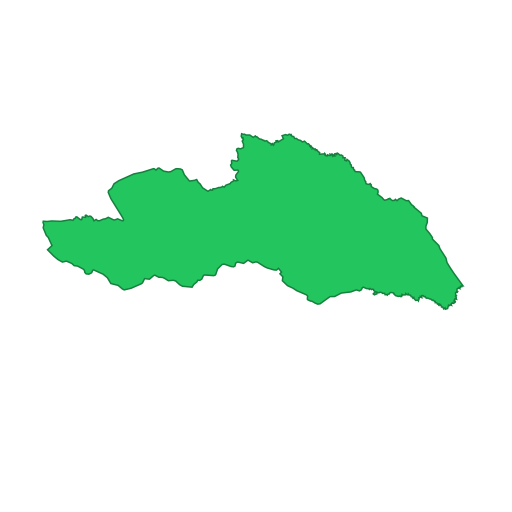 Mae Poen, Nakhon Sawan, Thailand (Equal Earth projection), rotated 320°
{"feature_id": "78962969B91694017140585", "entity_name": "Mae Poen", "entity_type": "district", "adm_level": 2, "iso_a3": "THA", "parent_name": "Thailand", "parent_adm1": "Nakhon Sawan", "projection": "equal_earth", "projection_center": [99.442, 15.681], "detail": "fine", "context": "isolated", "style": "filled", "palette": "green", "viewbox_px": 512, "rotation_deg": 320, "n_neighbors": 0, "source": "geoboundaries", "source_scale": "gbopen_adm2", "svg_char_len": 6165}
<svg xmlns="http://www.w3.org/2000/svg" viewBox="0 0 512 512"><g transform="rotate(320 256 256)"><path d="M361.0,185.7L360.2,185.7L360.3,184.7L359.7,184.0L357.8,183.8L356.7,182.0L353.3,180.6L352.4,183.8L346.3,182.9L346.0,182.3L346.7,182.1L346.8,181.6L345.4,180.6L344.6,181.7L342.9,181.1L340.8,182.3L340.8,180.6L339.6,181.1L339.1,180.6L339.8,179.9L338.4,176.8L338.6,175.6L338.1,174.4L336.7,173.7L336.3,172.9L336.4,172.3L335.8,171.9L335.2,170.1L333.9,168.6L333.3,165.2L332.7,164.7L332.7,163.6L330.1,163.3L329.0,159.3L326.3,157.1L325.4,155.2L324.4,154.5L323.6,153.1L321.6,154.8L321.2,156.5L322.0,156.8L322.0,157.4L321.2,157.8L321.0,158.9L319.3,159.1L318.4,162.2L316.1,164.9L313.1,164.0L311.5,162.0L310.0,161.7L308.8,162.7L308.7,164.1L307.6,166.6L305.3,168.9L305.4,169.6L304.6,171.0L302.3,171.1L299.1,167.2L298.4,167.3L296.8,169.6L295.0,170.0L294.3,171.9L294.3,176.2L297.3,178.5L297.4,179.2L296.7,180.1L292.7,181.0L291.4,182.1L291.0,182.7L290.6,186.3L288.7,185.4L287.7,183.3L287.2,184.1L284.0,183.5L282.9,184.0L278.4,182.4L275.9,182.8L275.1,181.1L274.4,181.3L272.0,180.2L271.8,179.7L268.3,178.4L266.3,176.9L265.6,176.9L265.0,177.6L264.0,176.8L263.9,175.9L260.8,175.6L258.9,169.3L259.5,165.0L259.1,162.4L259.7,159.3L257.5,158.5L253.2,155.8L253.3,147.8L254.9,142.7L254.1,140.8L251.6,138.3L250.5,137.6L245.0,136.6L242.8,135.3L239.7,131.4L238.3,126.3L237.3,125.7L234.6,125.9L234.2,123.9L233.6,123.2L222.7,118.7L215.2,114.6L199.3,110.1L193.7,109.4L189.1,111.4L185.0,111.2L183.7,112.3L181.7,118.8L178.5,141.1L177.7,143.3L176.8,143.5L176.2,143.1L173.9,138.6L170.8,137.5L170.1,136.7L167.7,131.4L164.5,130.7L162.8,129.6L158.6,128.3L157.5,127.3L157.0,125.2L154.5,124.9L155.2,122.3L155.0,119.5L154.4,118.6L152.8,118.0L152.1,115.4L151.3,115.2L150.9,116.4L150.3,116.8L148.0,114.5L146.0,116.0L145.4,115.9L144.8,114.9L143.9,110.8L142.9,110.3L141.9,110.9L140.4,110.5L138.7,111.0L137.0,108.8L128.7,103.9L122.1,97.9L118.2,95.3L115.4,92.6L114.4,93.4L113.6,95.7L111.1,97.6L108.6,105.5L108.8,108.2L106.4,116.9L100.3,117.2L101.0,126.0L102.0,131.4L103.8,136.2L107.5,138.1L110.1,143.3L110.5,146.5L112.9,149.1L115.4,155.4L115.2,156.9L114.3,158.7L114.4,160.5L116.3,162.5L118.3,163.0L119.4,163.2L121.6,162.0L122.7,162.3L127.2,171.7L128.2,177.1L127.1,183.8L131.5,189.9L132.4,195.2L133.2,197.2L139.5,200.4L150.5,203.6L151.9,203.6L156.1,201.7L159.5,205.3L165.0,205.2L166.2,205.7L167.9,209.8L170.5,212.2L171.5,214.1L173.0,218.6L177.1,221.5L178.4,223.5L179.1,229.0L180.2,231.9L187.0,238.8L190.0,237.8L193.9,237.9L195.9,237.1L197.2,238.5L199.4,238.9L202.9,237.3L204.2,237.3L210.9,243.8L212.3,244.4L213.4,244.2L218.3,241.2L224.8,240.7L226.6,242.0L230.1,248.0L231.9,249.9L233.4,250.2L235.7,248.5L237.1,248.5L238.2,249.0L241.8,253.7L247.2,254.0L249.1,259.1L252.1,260.4L253.2,261.8L255.6,269.5L257.0,272.5L260.9,278.3L262.7,280.0L265.3,279.9L265.2,284.7L262.9,285.0L263.2,289.2L260.3,291.9L261.1,299.0L263.6,304.3L264.9,308.7L269.7,318.2L269.8,319.9L267.6,322.0L267.5,322.8L268.8,325.6L269.8,326.6L271.0,330.1L272.3,332.5L274.3,333.8L286.6,334.7L290.2,337.6L297.5,339.2L305.6,344.5L311.0,346.4L312.9,349.3L315.0,349.6L317.2,348.6L318.2,348.9L319.7,352.0L321.1,353.3L321.4,354.5L322.5,354.2L322.9,356.0L324.1,356.4L324.5,357.2L324.0,358.1L324.5,360.3L321.7,360.2L321.4,360.6L321.8,361.9L324.4,362.7L325.3,361.3L326.4,363.2L327.9,363.5L328.9,365.1L328.9,366.0L330.5,367.2L330.0,368.7L331.1,369.3L331.4,370.4L332.4,370.0L333.4,370.7L335.4,370.3L336.7,371.5L337.7,373.1L337.2,373.7L337.5,376.2L339.2,378.6L340.3,379.1L340.7,380.1L341.3,380.5L341.9,379.9L342.3,380.3L343.2,379.3L343.6,380.4L345.5,381.8L346.6,381.1L346.6,382.4L347.5,383.5L348.2,383.0L348.1,383.9L349.2,385.6L348.7,386.9L349.5,388.1L349.1,389.2L350.2,389.3L349.7,390.1L349.8,392.7L351.6,393.9L351.5,394.8L353.6,393.5L353.8,392.7L355.5,393.0L356.0,394.0L356.2,393.0L356.8,393.9L357.5,392.9L358.6,393.7L358.6,395.4L359.5,395.7L359.3,397.7L360.9,399.1L361.2,400.3L362.3,401.4L362.2,402.5L362.9,403.2L362.9,403.8L363.5,404.0L363.6,405.7L364.1,406.1L363.3,407.0L363.9,407.4L364.6,409.3L364.2,409.6L364.9,410.1L364.5,410.9L365.6,410.9L365.2,411.9L366.0,411.9L365.8,413.4L365.3,414.3L366.2,415.1L365.8,417.2L367.5,417.2L366.9,418.5L369.0,419.4L371.9,417.4L372.4,418.5L373.6,418.3L374.1,419.4L374.6,418.2L375.7,418.0L376.3,418.7L376.7,418.4L377.0,419.3L378.5,419.4L378.6,418.6L379.0,419.3L379.4,419.1L379.6,417.3L380.8,416.7L381.6,417.7L381.6,416.9L382.2,417.1L382.9,416.2L383.0,415.0L384.0,415.2L384.0,414.3L385.1,412.5L386.2,412.5L386.8,413.2L387.7,412.9L387.4,411.8L389.0,410.4L390.3,410.6L391.2,412.0L391.6,410.8L392.6,411.5L393.2,410.7L393.8,410.8L394.2,411.8L394.9,411.4L395.4,411.9L396.5,396.1L397.4,388.3L398.1,383.8L400.2,379.6L401.6,368.6L402.8,365.5L402.0,356.5L403.0,355.3L403.5,350.8L403.5,344.6L405.3,342.4L408.8,340.4L411.7,337.1L409.0,331.9L410.1,329.5L408.4,320.2L408.8,320.1L408.5,317.8L408.1,317.0L408.5,311.6L406.7,310.3L404.5,304.9L401.9,304.1L399.6,304.3L399.2,302.2L397.9,302.4L396.2,301.3L395.7,300.1L395.6,297.9L394.7,297.9L394.2,297.2L393.0,297.2L390.4,296.0L390.1,294.8L390.1,292.4L388.8,286.7L390.7,285.5L391.7,283.8L391.5,282.3L390.1,280.5L389.1,277.7L389.2,276.2L390.0,275.6L390.0,273.9L388.7,273.9L386.9,271.8L387.0,270.7L387.9,269.6L387.9,268.0L389.2,265.4L389.9,259.1L389.7,258.4L386.4,255.3L386.3,254.3L386.8,253.5L386.3,252.6L387.4,250.8L386.4,250.0L386.4,249.1L387.5,247.5L387.3,246.0L388.0,245.1L388.4,243.3L387.8,240.5L386.5,241.3L385.6,239.6L387.4,238.0L385.8,236.6L386.8,235.4L386.4,233.6L385.2,232.8L384.6,229.6L383.5,229.1L383.5,229.9L383.0,230.1L382.8,228.9L381.9,228.3L381.1,228.9L380.9,230.2L380.6,230.1L380.5,228.9L378.9,229.1L378.9,228.4L380.1,227.9L379.8,226.6L378.8,226.9L378.2,225.6L377.5,226.7L376.6,226.0L375.9,224.5L374.9,225.1L373.8,223.8L373.8,222.7L374.5,222.8L374.6,221.5L374.1,221.7L370.0,218.9L371.3,217.6L370.7,216.0L370.9,214.1L370.2,213.9L370.5,213.4L369.6,212.7L370.2,212.1L368.9,210.8L369.0,210.1L368.1,209.9L368.9,209.2L368.6,208.5L368.8,207.5L368.0,207.6L368.6,206.6L367.8,206.3L368.4,205.2L368.3,203.7L367.4,203.2L367.0,199.2L364.9,198.5L364.4,196.1L363.0,194.1L362.5,191.9L361.1,190.8L361.7,188.7L360.5,187.6L361.0,185.7Z" fill="#22c55e" stroke="#15803d" stroke-width="1.5"/></g></svg>